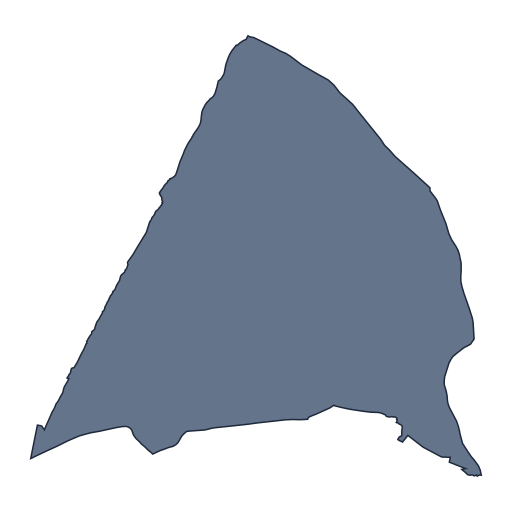 the district of C.A. Rosetti, Tulcea, Romania
{"feature_id": "2599482B3415534167735", "entity_name": "C.A. Rosetti", "entity_type": "district", "adm_level": 2, "iso_a3": "ROU", "parent_name": "Romania", "parent_adm1": "Tulcea", "projection": "equal_earth", "projection_center": [29.531, 45.308], "detail": "fine", "context": "isolated", "style": "filled", "palette": "slate", "viewbox_px": 512, "rotation_deg": 0, "n_neighbors": 0, "source": "geoboundaries", "source_scale": "gbopen_adm2", "svg_char_len": 5960}
<svg xmlns="http://www.w3.org/2000/svg" viewBox="0 0 512 512"><path d="M30.7,458.6L36.6,455.7L46.1,451.2L56.2,446.6L59.3,445.1L67.3,441.1L73.6,438.3L79.7,435.8L86.1,434.0L91.2,432.7L99.2,431.3L107.0,429.6L116.8,427.5L122.3,426.6L125.6,426.4L126.8,426.5L128.5,427.2L129.7,427.9L131.2,429.3L131.9,430.5L133.2,434.3L133.9,435.7L136.1,438.6L139.4,441.7L140.7,443.2L142.3,444.8L144.7,446.7L148.3,450.3L150.6,452.0L151.9,453.3L152.7,454.1L154.0,453.5L156.2,452.4L160.4,450.5L163.6,449.4L168.1,447.7L169.3,447.3L171.7,446.7L173.1,446.3L175.0,445.2L176.3,444.3L177.6,443.0L178.3,442.1L181.0,437.4L181.8,436.1L183.0,434.7L186.5,431.5L189.1,431.1L204.7,430.0L209.8,428.8L209.8,428.7L213.5,427.9L235.4,425.6L248.2,424.2L256.8,423.0L256.7,423.0L285.7,419.8L293.0,419.5L299.1,419.7L302.3,419.6L307.7,419.3L307.8,418.7L308.2,418.1L308.5,417.6L309.0,417.1L309.4,416.9L313.7,415.0L314.5,414.8L318.6,413.0L324.0,410.6L324.3,410.3L324.8,410.2L326.4,409.5L330.3,407.7L333.8,405.2L334.1,405.3L334.1,405.5L334.6,405.8L340.3,407.2L345.3,408.3L349.1,409.1L354.0,409.9L363.4,411.3L370.8,412.2L376.2,412.4L378.0,412.4L378.2,412.6L379.4,412.6L382.6,413.6L383.6,414.2L384.4,414.4L385.0,414.7L385.4,415.0L386.1,416.0L386.7,416.5L387.8,416.7L389.1,417.0L390.0,417.0L391.3,416.6L392.7,416.8L393.2,417.1L394.1,416.9L394.5,416.9L395.8,417.3L396.6,417.8L396.9,418.5L397.1,419.3L396.8,419.4L397.1,419.7L396.8,421.4L396.7,422.1L396.3,422.4L396.6,422.6L397.1,422.9L397.6,422.8L398.5,423.2L398.9,423.7L399.0,424.0L400.5,424.6L401.3,425.2L401.8,425.7L402.1,426.5L402.2,427.2L402.2,428.2L401.9,429.8L401.7,433.3L401.8,434.1L401.8,435.3L401.5,435.8L399.6,436.8L399.1,437.2L398.9,437.6L398.6,438.1L397.8,439.2L397.8,439.3L397.9,439.6L398.9,440.3L399.6,440.7L401.4,441.4L402.5,442.1L407.9,435.4L423.1,447.2L441.6,457.0L450.3,457.3L449.3,462.2L465.6,468.6L461.7,469.4L465.4,472.5L467.6,474.6L469.6,475.2L472.5,474.9L474.1,475.9L476.6,475.0L477.2,476.2L478.4,475.4L479.7,475.0L481.3,475.2L480.3,470.3L478.4,465.8L474.0,459.8L471.3,456.7L468.0,451.9L462.6,443.5L460.1,434.3L459.4,430.6L458.3,426.2L457.3,423.4L456.5,421.0L452.2,412.9L449.2,407.1L447.9,403.2L447.4,400.3L447.1,396.0L446.2,391.1L444.3,384.9L444.2,381.7L444.3,380.8L444.3,379.9L444.7,376.7L449.0,363.0L451.3,358.8L452.7,356.7L456.6,353.4L463.5,348.0L470.5,344.2L474.1,339.0L473.1,322.5L472.3,318.0L469.3,308.6L463.5,292.1L463.4,291.4L462.1,287.2L460.9,281.8L460.8,276.4L461.2,270.6L461.1,262.8L459.6,256.0L459.5,254.9L458.0,250.3L455.9,246.3L451.6,239.7L448.9,233.8L446.0,223.8L440.3,209.7L437.5,201.4L436.3,199.2L430.1,191.0L429.9,187.7L415.0,174.1L395.0,156.4L389.7,150.3L385.1,145.8L384.1,144.6L380.6,139.2L358.5,111.8L352.7,104.4L340.0,92.9L333.9,85.1L328.1,79.9L318.3,74.5L301.7,64.9L290.6,56.4L285.8,53.4L279.8,50.8L272.8,46.9L253.9,37.6L249.5,36.7L248.0,35.8L246.1,39.4L245.5,39.7L243.7,40.4L241.5,41.8L239.8,43.0L236.9,45.6L236.2,45.2L235.9,45.6L232.3,50.2L230.8,52.5L229.6,54.6L228.4,57.3L226.5,62.6L225.7,65.2L224.5,71.8L223.9,74.0L222.1,77.2L220.6,79.3L218.3,81.0L217.2,85.7L217.2,86.2L215.1,93.1L213.6,96.0L212.3,97.4L209.8,99.2L209.1,100.3L207.5,101.8L206.2,103.3L205.3,104.7L203.2,108.7L202.2,111.0L201.8,112.6L201.3,116.7L201.0,119.8L200.8,121.4L200.4,123.0L199.8,124.6L199.2,125.8L198.6,127.0L196.1,130.7L194.7,132.5L194.0,133.8L193.3,134.6L192.8,136.0L192.5,136.6L192.1,136.8L191.8,137.8L188.4,142.9L186.7,146.0L186.2,147.3L185.7,148.1L185.2,149.1L184.9,149.8L184.4,150.8L183.0,154.7L182.1,156.7L179.9,161.9L177.2,170.5L175.8,174.6L174.9,175.8L173.9,176.7L173.6,176.8L172.8,177.6L172.3,177.8L171.2,178.4L170.7,178.4L170.3,178.6L170.5,178.7L170.2,179.3L169.7,179.7L168.6,180.3L168.1,180.6L167.6,181.8L167.5,182.4L166.9,182.8L165.8,183.9L164.3,185.5L163.5,187.1L162.0,189.2L160.1,191.6L160.2,191.8L159.9,192.4L159.4,192.8L159.5,193.4L159.5,193.7L159.6,194.1L160.3,194.6L160.4,194.8L160.3,195.5L160.7,196.0L161.6,196.8L161.7,197.1L161.6,197.7L161.6,198.0L161.8,198.6L161.9,200.1L162.1,200.2L162.3,200.8L162.6,201.2L162.6,201.7L162.5,202.0L162.1,202.3L161.9,202.8L162.1,203.0L162.4,203.1L162.5,203.3L162.5,203.6L162.3,203.8L162.2,204.1L161.8,204.5L161.5,204.7L161.4,204.9L161.4,205.2L161.1,205.5L161.0,205.8L160.6,206.1L160.4,206.4L160.0,207.1L159.7,207.3L159.4,207.4L159.3,207.6L159.3,207.9L159.0,208.2L158.0,209.5L157.3,210.1L157.0,210.3L156.8,210.6L155.9,211.2L155.6,211.6L155.4,212.2L154.9,213.1L154.1,215.2L153.6,215.8L152.7,216.8L151.9,217.8L151.4,219.5L150.7,220.4L150.2,221.3L149.8,221.5L146.3,232.5L138.0,246.0L133.0,254.5L128.5,260.8L127.7,262.0L127.5,262.9L127.9,264.4L127.8,265.3L127.3,266.4L127.0,267.6L126.6,268.5L125.4,269.9L125.0,270.4L125.0,271.4L124.7,272.1L122.1,274.3L121.1,275.3L120.6,276.3L119.9,278.8L119.6,280.3L119.0,281.4L117.1,284.4L116.5,285.5L116.3,286.2L116.0,286.8L115.5,288.2L115.2,289.0L114.7,289.7L114.0,290.6L112.7,291.7L112.7,292.7L112.2,293.5L111.4,294.7L110.6,295.6L110.2,296.2L110.1,296.8L109.1,298.6L108.5,300.2L108.1,301.0L107.4,301.9L105.9,305.4L105.0,306.8L104.8,307.7L104.4,309.4L104.1,310.0L103.7,310.8L103.3,311.1L102.6,311.4L102.5,311.6L102.4,312.8L101.6,314.5L100.8,315.6L100.2,317.0L99.4,318.4L98.3,320.1L97.2,321.5L96.9,322.0L95.6,325.4L94.8,328.4L94.4,329.5L93.9,330.0L91.8,331.7L91.7,333.0L91.4,334.0L90.9,334.8L90.1,335.6L88.4,338.3L87.9,339.4L87.3,340.3L87.2,340.7L86.7,341.3L86.6,341.7L87.0,342.5L86.9,343.2L86.6,343.6L86.3,343.7L86.0,344.0L85.8,344.4L85.5,345.4L83.6,349.8L82.9,351.0L82.4,351.9L82.0,352.6L81.4,353.8L80.7,355.1L78.9,358.8L78.3,360.2L77.7,361.3L77.6,361.6L77.0,362.8L76.2,364.0L74.4,367.1L74.0,367.6L73.7,367.8L72.7,367.9L72.0,368.1L71.3,368.8L71.1,369.9L70.6,371.6L70.5,372.8L69.9,373.7L68.9,374.7L68.6,375.7L67.1,377.8L67.0,378.0L68.9,378.7L66.6,383.0L65.8,384.2L64.2,387.1L63.6,388.9L63.3,390.5L62.6,392.9L60.4,396.7L58.5,400.5L57.5,402.1L56.1,403.9L55.8,404.6L55.2,406.0L54.9,407.0L53.5,409.9L52.2,411.9L49.5,418.2L46.4,425.0L44.4,429.8L41.8,426.1L40.8,425.7L37.4,425.1L32.6,449.0L30.7,458.6Z" fill="#64748b" stroke="#1e293b" stroke-width="1.5"/></svg>